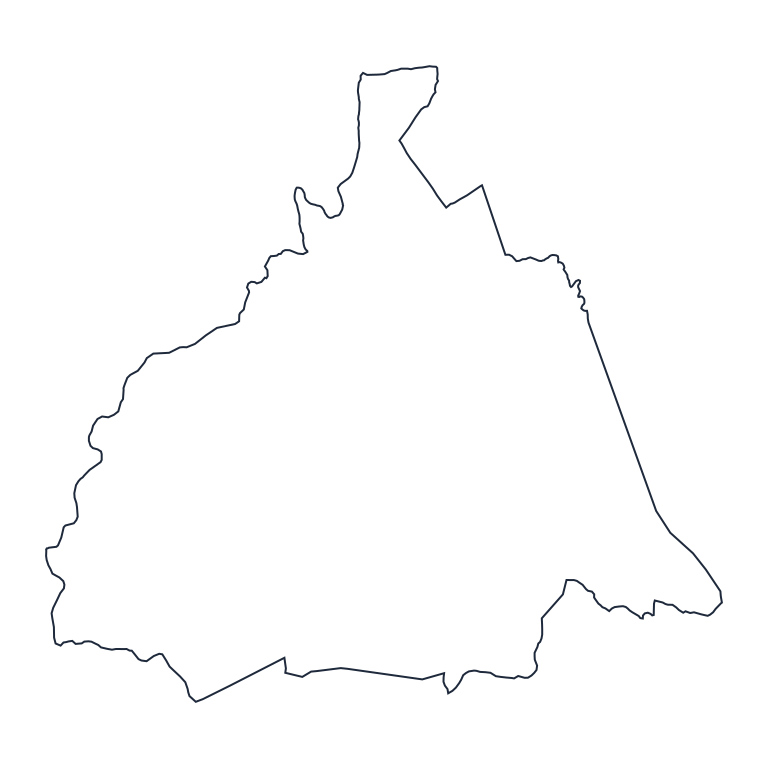 Santiago Amoltepec, Oaxaca, Mexico (Equal Earth projection)
{"feature_id": "50627088B22821313944605", "entity_name": "Santiago Amoltepec", "entity_type": "district", "adm_level": 2, "iso_a3": "MEX", "parent_name": "Mexico", "parent_adm1": "Oaxaca", "projection": "equal_earth", "projection_center": [-97.519, 16.649], "detail": "fine", "context": "isolated", "style": "outline", "palette": "slate", "viewbox_px": 768, "rotation_deg": 0, "n_neighbors": 0, "source": "geoboundaries", "source_scale": "gbopen_adm2", "svg_char_len": 6025}
<svg xmlns="http://www.w3.org/2000/svg" viewBox="0 0 768 768"><path d="M202.7,699.2L229.7,685.8L284.4,657.8L285.2,663.6L285.9,668.4L285.3,672.8L302.3,676.9L311.1,671.6L316.6,671.1L340.7,668.1L347.4,668.8L422.3,679.4L444.1,673.2L443.6,677.4L443.5,681.8L444.9,685.6L447.5,689.1L448.2,693.3L452.5,690.8L455.9,687.6L459.2,683.1L461.2,679.7L463.2,675.2L466.0,673.0L468.9,671.4L474.0,670.6L476.4,670.8L480.1,671.9L485.6,672.2L490.5,672.8L495.9,676.2L500.7,676.9L506.0,677.5L511.8,678.0L514.1,678.4L518.2,676.0L524.6,677.8L528.0,677.7L531.5,675.5L534.2,672.9L536.5,670.0L537.1,665.6L534.8,659.7L534.6,656.4L534.6,652.8L537.4,647.0L538.3,643.5L540.1,641.9L541.5,638.5L542.2,634.6L542.2,629.2L542.1,624.8L541.8,618.3L562.9,594.4L566.5,580.0L574.1,580.1L576.9,580.9L579.0,582.4L582.6,584.8L586.0,589.1L588.0,590.8L591.9,591.6L594.2,594.3L594.1,597.5L595.8,600.0L598.4,603.6L600.6,605.3L602.4,607.2L605.4,608.4L609.2,611.1L611.9,608.5L614.6,607.1L619.1,606.5L623.0,606.2L625.8,607.0L627.7,608.5L629.6,610.4L632.2,612.2L638.7,616.0L640.3,618.1L642.8,618.5L643.0,615.5L644.8,613.4L647.8,612.7L650.6,613.9L652.2,615.4L653.7,615.0L654.0,603.7L654.8,600.5L662.7,602.5L665.4,604.0L667.8,604.7L672.5,604.8L676.2,607.4L678.9,610.0L683.2,612.7L685.5,611.3L690.2,613.0L694.0,612.3L701.1,614.3L704.5,615.1L707.7,615.8L710.0,614.7L713.1,612.3L715.6,608.9L718.1,606.3L721.1,603.2L721.9,602.6L720.8,596.3L720.4,591.3L705.8,569.5L693.0,553.3L670.3,532.8L656.2,511.0L588.5,322.6L587.8,318.6L587.7,314.5L587.0,310.8L585.3,310.9L583.8,310.5L582.4,309.5L581.3,308.4L581.7,306.8L582.6,305.2L584.0,303.9L584.4,302.9L584.4,301.0L584.2,299.2L583.1,297.6L581.9,296.6L580.2,296.4L579.2,297.0L578.3,296.8L578.2,295.6L579.2,293.5L580.0,291.1L578.2,287.3L578.1,285.9L578.6,284.6L579.9,283.0L580.0,280.8L578.5,280.0L575.9,281.2L573.7,284.2L572.1,286.4L571.0,287.0L570.0,285.8L569.6,283.7L569.2,282.4L569.1,280.7L568.0,278.9L567.5,277.3L567.3,275.0L565.1,271.5L564.0,270.1L563.6,269.4L564.4,267.7L563.9,265.7L562.7,263.6L560.8,262.5L559.3,262.1L558.3,262.4L558.0,261.0L558.3,259.0L557.9,256.3L556.3,255.4L554.4,255.1L552.5,255.0L551.0,255.4L549.6,256.2L548.1,257.8L546.7,258.4L545.2,259.3L544.1,260.3L543.0,260.4L541.4,261.0L539.9,260.9L538.6,260.7L535.9,259.5L530.4,257.4L528.1,258.0L525.9,259.1L522.6,259.2L519.5,260.8L516.4,261.1L513.9,258.3L512.2,256.3L509.0,254.7L505.4,254.8L482.0,185.3L480.7,186.0L467.1,195.3L463.9,197.1L461.7,198.3L459.7,199.4L454.8,202.6L452.6,203.5L450.7,203.8L448.4,205.8L446.2,207.6L441.2,201.1L437.0,195.4L432.8,188.6L428.5,182.5L415.4,165.0L410.7,159.0L406.7,153.0L404.1,148.1L401.6,143.6L399.4,140.5L408.9,127.8L415.5,117.3L421.2,109.4L424.3,107.1L427.6,106.3L429.3,103.4L430.0,101.6L431.1,98.7L432.5,96.1L433.6,94.3L435.5,92.3L434.9,89.3L435.6,84.8L436.6,83.3L438.0,81.0L437.1,79.1L437.3,76.7L437.6,73.9L437.3,70.7L437.2,68.0L436.1,66.8L434.8,66.7L432.5,66.6L429.5,66.2L424.5,67.1L422.1,67.5L418.9,67.7L415.0,68.2L411.0,69.2L408.0,68.7L401.0,68.7L397.8,69.8L395.6,70.3L390.9,71.0L387.1,73.0L384.6,74.1L378.3,74.6L367.1,74.9L363.0,72.9L360.6,75.8L360.7,79.6L358.8,82.7L357.9,90.3L358.0,92.3L358.8,97.2L358.8,98.7L359.6,102.2L359.3,110.5L359.0,112.7L358.9,114.4L358.4,116.0L358.1,119.3L358.6,120.9L358.9,122.5L358.9,125.2L358.3,127.8L358.7,130.8L358.7,133.5L358.8,135.6L359.1,140.8L359.4,142.8L359.3,145.5L359.2,147.7L357.6,153.9L357.2,157.1L354.1,167.4L352.3,172.8L350.2,176.5L348.1,178.6L340.7,184.0L337.8,187.7L338.4,191.2L340.9,196.8L342.8,204.0L342.7,204.6L343.1,205.4L342.2,209.6L341.1,211.6L340.1,213.5L339.4,214.6L338.5,215.3L336.9,215.7L335.4,215.9L333.9,216.6L332.9,217.3L331.8,217.6L330.5,217.9L328.7,217.4L327.3,216.3L326.6,215.2L325.4,213.7L324.5,212.0L324.1,210.6L323.0,208.9L321.7,207.2L320.3,206.2L318.8,205.8L316.9,205.5L315.2,204.8L312.8,204.3L310.7,203.7L309.1,202.7L307.7,201.4L306.2,200.0L305.3,198.3L304.8,196.9L304.7,194.9L304.3,193.0L303.3,191.3L302.4,189.7L300.9,188.3L299.3,187.8L298.0,187.6L296.7,187.7L295.6,189.8L295.1,192.3L294.9,193.3L294.6,195.5L294.6,197.0L294.8,199.5L295.5,201.5L296.5,203.5L297.2,205.6L297.8,208.9L298.5,211.7L299.3,214.5L299.5,216.4L299.6,218.5L299.6,221.6L299.4,223.8L300.1,226.5L300.7,229.1L301.1,231.7L302.7,233.7L303.1,235.7L303.4,238.3L303.1,240.3L303.4,242.3L303.7,244.4L304.4,247.1L305.3,248.9L306.0,249.8L307.3,251.0L307.4,251.9L303.1,254.1L298.0,253.6L289.6,250.2L285.2,250.1L282.8,251.2L280.8,253.9L278.7,254.0L276.9,255.6L274.0,256.0L270.8,256.2L269.3,258.0L268.2,260.6L264.9,266.5L267.4,270.2L267.7,276.1L266.4,278.2L264.9,277.7L261.4,281.9L256.8,283.4L254.7,282.1L251.2,281.8L248.3,283.6L247.0,287.5L248.9,290.8L249.1,292.4L245.2,302.4L243.8,309.5L240.0,313.1L239.3,314.7L239.1,321.3L235.1,324.0L216.9,327.9L205.8,335.4L195.0,343.9L186.6,347.3L183.4,347.1L179.8,347.4L169.1,352.8L153.3,353.6L146.8,358.1L144.5,362.5L137.8,370.8L130.4,374.8L127.3,377.8L124.7,384.5L123.5,388.1L123.6,390.1L123.0,399.1L120.8,402.3L118.3,411.4L113.9,414.8L108.3,417.3L102.1,416.5L97.5,419.0L93.1,425.6L91.6,431.5L89.5,435.2L89.4,435.4L88.9,437.1L88.9,440.8L90.5,445.8L92.9,448.1L97.7,449.4L101.0,451.5L101.7,454.1L101.7,459.9L100.6,462.1L89.6,469.9L84.2,475.5L82.8,477.3L80.5,478.9L78.4,481.3L76.0,485.2L74.3,493.2L74.6,497.7L76.4,503.2L77.0,507.2L77.7,516.7L76.3,520.2L73.8,523.3L65.4,525.5L63.7,527.3L61.3,537.5L58.0,545.4L56.4,546.8L48.9,547.7L47.1,548.6L46.7,548.5L46.1,549.7L46.3,550.7L46.1,556.0L46.7,560.1L48.4,565.3L50.5,569.1L52.4,573.6L56.1,575.7L59.4,577.5L63.3,581.1L64.4,584.6L63.9,588.4L60.3,593.1L57.1,599.9L53.2,607.8L51.6,613.3L52.3,618.1L53.9,627.1L54.1,637.7L55.6,643.5L60.6,645.6L63.5,642.5L66.1,642.1L68.7,641.4L72.3,640.9L75.6,643.9L81.7,643.4L84.3,641.6L88.5,641.3L91.5,641.7L94.7,643.3L98.3,645.0L101.0,647.4L107.0,648.8L112.0,649.7L115.9,649.0L118.9,649.0L123.3,649.1L126.6,649.0L129.6,650.6L131.8,650.7L135.2,654.9L138.5,659.1L141.4,660.5L146.6,661.2L153.8,656.0L159.2,653.8L162.3,654.3L166.3,660.7L169.6,666.6L174.1,670.9L180.0,676.4L185.3,682.2L187.6,688.8L188.3,692.5L189.5,696.1L195.8,701.8L202.7,699.2Z" fill="none" stroke="#1e293b" stroke-width="2"/></svg>